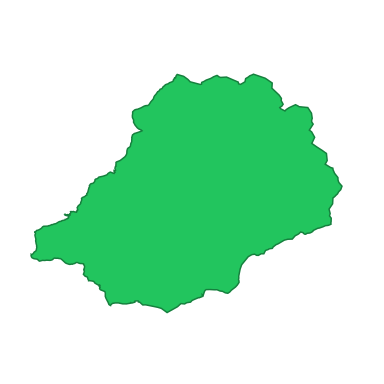 Poienile De Sub Munte, Maramures, Romania (Natural Earth projection), rotated 12°
{"feature_id": "2599482B77495367357809", "entity_name": "Poienile De Sub Munte", "entity_type": "district", "adm_level": 2, "iso_a3": "ROU", "parent_name": "Romania", "parent_adm1": "Maramures", "projection": "natural_earth1", "projection_center": [24.455, 47.867], "detail": "fine", "context": "isolated", "style": "filled", "palette": "green", "viewbox_px": 384, "rotation_deg": 12, "n_neighbors": 0, "source": "geoboundaries", "source_scale": "gbopen_adm2", "svg_char_len": 5920}
<svg xmlns="http://www.w3.org/2000/svg" viewBox="0 0 384 384"><g transform="rotate(12 192 192)"><path d="M62.2,289.6L64.0,288.9L67.3,288.4L68.1,288.1L69.6,287.2L70.5,285.8L71.3,285.2L72.7,285.1L74.9,284.6L75.8,284.8L77.2,284.5L79.0,285.3L83.0,287.7L84.3,288.0L87.2,288.3L88.5,287.9L88.9,287.6L90.0,287.5L91.2,286.7L92.2,286.3L93.1,285.2L94.0,284.9L95.0,284.8L96.0,285.1L97.6,285.2L98.4,285.0L100.8,284.8L101.2,285.7L101.8,286.1L102.4,287.1L102.6,289.9L102.3,290.0L102.4,290.3L102.3,290.7L103.2,291.7L103.1,294.1L102.9,294.7L102.9,295.1L103.1,295.3L104.7,296.3L104.9,296.6L107.1,296.9L107.5,297.2L108.3,298.8L109.1,299.6L109.3,300.3L110.3,300.0L113.0,299.8L114.4,299.9L114.9,300.2L115.8,301.2L116.9,301.6L119.7,302.5L120.1,302.5L120.5,302.1L120.8,302.1L121.3,302.4L120.6,303.1L120.6,303.3L121.2,303.8L122.0,304.1L122.0,304.4L121.6,304.9L121.6,305.3L121.7,305.6L122.1,306.0L122.2,306.3L122.9,306.7L126.5,307.3L127.6,307.7L128.2,308.8L128.9,312.2L130.0,313.9L132.6,317.1L132.9,317.3L133.5,318.4L133.9,318.7L134.1,319.3L135.8,320.0L136.0,320.0L136.0,319.3L136.3,318.8L137.4,317.5L140.1,316.4L143.0,315.8L147.6,315.8L151.0,315.1L155.3,313.4L154.6,312.6L155.9,313.1L156.5,313.0L158.9,311.7L159.1,311.5L159.0,311.3L158.7,310.8L159.0,310.6L160.2,310.1L162.1,309.8L162.5,310.1L162.5,310.7L163.9,310.7L167.3,312.7L170.1,312.0L182.3,311.9L186.2,312.2L192.7,315.1L201.7,307.2L204.3,303.5L208.1,303.0L209.8,301.4L213.5,300.0L214.6,298.1L215.9,297.1L220.3,294.0L220.9,294.0L223.7,292.2L223.8,291.9L223.4,290.5L224.4,291.2L224.8,287.2L225.2,285.6L226.0,284.6L229.6,283.7L234.2,283.0L236.8,282.4L240.0,283.0L242.5,282.8L245.5,283.7L248.1,283.6L249.7,282.0L250.9,279.9L254.3,275.9L255.7,273.5L256.8,270.7L256.4,269.1L255.9,268.4L255.7,267.8L255.7,266.5L255.2,264.6L255.1,257.4L255.3,255.9L255.7,252.8L260.5,243.5L263.6,240.8L266.2,239.8L268.3,240.5L270.1,240.2L272.4,238.1L275.1,237.5L275.8,234.8L276.1,234.0L276.7,233.4L278.3,232.6L278.9,231.9L280.1,231.2L282.2,230.5L282.4,230.2L282.8,228.9L285.1,226.1L287.1,224.7L292.3,219.9L295.5,218.3L299.9,217.2L301.7,213.9L302.3,213.1L304.3,211.5L305.2,210.6L306.6,208.5L309.2,208.7L309.5,209.1L309.9,209.4L311.0,209.8L312.1,209.6L312.6,208.9L313.6,208.3L315.8,207.6L316.9,206.8L318.2,205.6L318.5,205.1L318.5,204.5L322.6,201.3L324.2,200.7L327.5,198.7L329.5,197.2L332.0,196.4L333.8,195.3L334.7,194.4L334.4,194.1L334.1,192.8L334.3,192.5L333.6,188.6L331.5,186.8L331.6,184.3L329.6,180.2L332.0,174.3L331.1,168.6L332.7,166.6L333.4,165.4L334.7,163.6L335.4,161.3L337.0,158.8L337.5,155.1L333.6,152.1L332.4,150.1L331.7,147.5L327.6,144.1L325.4,141.0L324.8,139.4L322.4,139.2L316.5,137.1L317.7,133.2L315.5,126.4L310.8,124.3L304.5,121.9L299.1,119.6L300.6,113.0L296.5,108.3L293.9,107.1L296.4,100.4L294.6,98.7L294.1,96.9L294.3,95.0L292.5,90.1L287.7,85.3L279.0,86.3L277.8,85.8L275.1,85.1L269.4,89.4L267.0,91.8L266.1,93.4L261.3,92.1L260.3,91.1L262.0,89.4L262.9,87.2L260.2,84.0L260.0,81.9L257.1,79.1L248.6,73.9L247.8,68.7L240.0,65.5L227.6,64.0L226.5,64.9L224.4,66.3L223.0,68.0L220.9,69.9L220.9,73.2L217.2,76.6L215.1,76.5L214.4,74.9L201.9,72.4L196.1,74.0L194.6,73.8L192.5,72.8L192.0,72.9L189.0,74.9L187.8,76.1L186.3,77.3L182.6,79.6L180.7,81.4L178.7,82.8L178.9,84.6L177.6,85.1L167.3,84.6L164.5,82.7L159.8,80.6L153.1,80.1L152.4,81.3L152.3,82.7L151.9,83.3L152.1,83.8L151.5,84.3L151.3,84.0L151.2,84.0L151.1,84.9L150.9,85.2L150.5,86.0L150.7,86.8L150.6,87.2L149.3,88.6L147.2,89.8L146.8,90.4L146.2,91.1L144.4,92.1L143.6,92.7L143.1,93.7L141.9,95.0L141.2,97.1L139.4,98.2L139.1,99.2L138.6,100.2L138.0,100.8L137.6,101.0L136.5,103.8L135.5,105.5L135.1,106.5L134.8,109.1L132.9,112.5L131.7,115.7L130.6,116.7L129.1,117.0L127.4,117.9L124.6,120.3L121.3,122.5L120.2,122.8L118.8,123.7L117.4,125.7L117.3,126.2L117.6,127.2L117.8,129.9L118.3,131.6L120.0,133.8L120.0,134.3L120.2,134.7L120.2,135.5L120.3,135.9L122.7,138.7L123.7,139.4L125.0,140.5L126.7,141.4L129.4,141.9L130.4,142.5L129.3,143.4L125.1,145.9L123.4,146.8L123.1,147.1L122.8,147.8L122.2,148.2L121.9,148.7L121.9,150.0L121.7,151.1L122.0,151.6L122.1,152.8L122.6,155.5L122.1,157.1L122.2,160.2L121.7,161.0L120.3,162.4L119.9,163.2L119.8,165.2L120.2,167.7L120.1,168.7L119.7,170.2L119.0,171.6L115.2,176.1L111.9,178.3L111.6,178.7L111.5,179.1L111.9,180.4L111.9,181.5L112.3,182.5L111.8,182.9L111.7,184.8L112.7,186.6L112.7,186.9L112.1,187.3L111.3,187.2L111.7,188.5L112.5,188.8L112.0,189.5L112.0,190.0L111.1,190.1L109.6,189.7L107.9,189.5L106.2,191.1L105.7,191.9L105.5,192.5L104.9,193.1L101.8,195.0L97.8,196.8L97.4,197.3L97.1,198.1L96.3,198.8L95.2,199.3L94.6,200.0L94.7,201.4L94.4,202.5L93.7,203.7L93.4,204.0L91.5,204.9L90.9,205.6L90.6,206.5L90.3,206.9L90.7,208.3L90.3,209.2L90.1,213.9L89.9,214.7L89.4,215.5L89.8,216.8L89.0,217.4L88.0,218.8L85.9,220.2L85.3,221.2L85.4,221.4L85.4,221.8L85.7,222.1L85.8,222.7L85.5,224.8L85.3,225.2L85.5,226.2L85.0,227.4L84.0,228.6L83.8,229.2L83.4,229.5L83.3,230.3L82.9,231.2L83.3,231.8L84.0,233.2L84.0,233.4L83.4,233.8L83.6,234.4L83.1,234.9L83.2,235.8L81.3,235.9L80.0,235.7L79.3,236.1L77.5,236.3L77.3,236.5L77.7,236.9L77.6,238.0L76.9,238.9L77.1,239.3L77.5,239.5L77.5,239.9L74.8,240.0L74.7,240.1L75.0,240.4L74.7,240.6L73.2,240.4L72.4,240.1L72.2,240.3L73.0,240.7L72.9,241.1L76.5,241.2L76.4,242.0L76.6,242.1L76.3,242.6L76.4,243.2L76.1,243.3L75.7,244.0L74.9,244.4L74.1,245.2L73.7,245.2L73.7,245.5L73.2,246.0L71.3,246.8L70.7,247.1L70.2,247.8L69.0,248.2L67.8,249.0L65.5,251.2L63.7,252.0L62.4,252.9L61.7,253.0L59.8,254.4L58.9,254.7L58.1,255.3L53.9,256.4L53.0,257.3L52.5,258.4L51.5,259.6L49.6,261.2L48.0,261.9L47.6,262.9L46.5,263.7L46.6,264.2L47.3,264.5L47.6,265.5L47.3,266.5L47.5,267.3L48.9,270.2L49.2,271.2L49.2,272.3L49.8,273.6L50.1,274.5L51.3,276.9L51.3,277.5L51.7,278.2L51.7,280.6L51.8,281.0L51.6,282.0L50.0,283.8L49.8,284.6L49.1,285.8L48.3,286.5L47.8,286.4L48.1,287.0L47.8,287.2L47.9,287.4L47.8,287.7L48.4,288.8L49.3,289.6L51.3,290.1L54.2,289.9L55.0,290.1L56.7,291.2L57.3,291.3L60.1,289.9L62.2,289.6Z" fill="#22c55e" stroke="#15803d" stroke-width="1.5"/></g></svg>